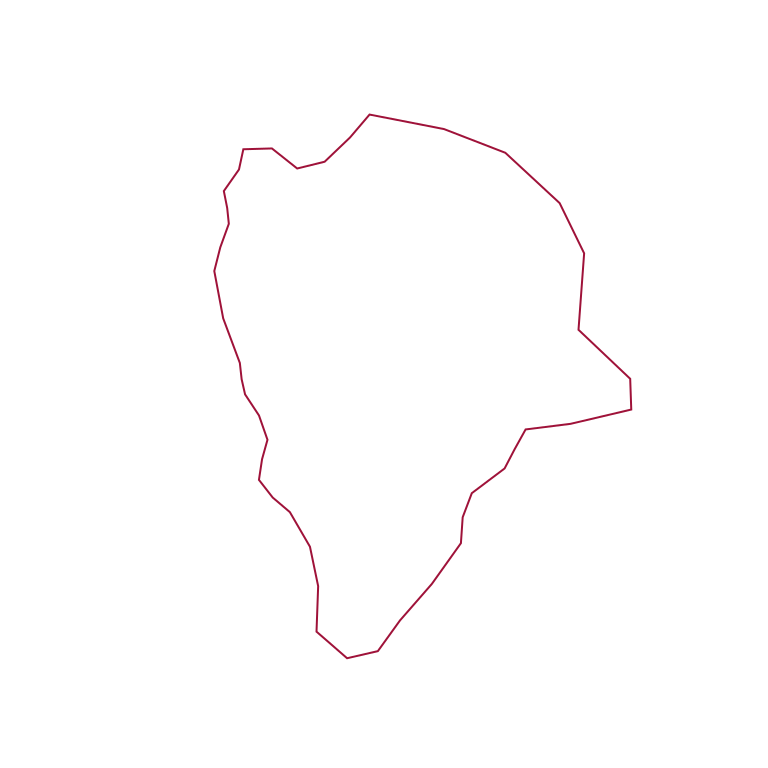 SVG path tracing the border of Soroti, rotated 207°
{"feature_id": "UGA-3074", "entity_name": "Soroti", "entity_type": "District", "adm_level": 1, "iso_a3": "UGA", "parent_name": "Uganda", "parent_adm1": "", "projection": "robinson", "projection_center": [33.599, 1.795], "detail": "fine", "context": "isolated", "style": "outline", "palette": "rose", "viewbox_px": 768, "rotation_deg": 207, "n_neighbors": 0, "source": "natural_earth", "source_scale": "10m", "svg_char_len": 694}
<svg xmlns="http://www.w3.org/2000/svg" viewBox="0 0 768 768"><g transform="rotate(207 384 384)"><path d="M152.1,473.5L199.7,433.2L237.2,407.8L238.0,385.1L238.2,363.5L256.2,326.6L253.4,301.0L243.2,277.1L250.6,227.6L262.4,180.7L268.2,143.2L292.4,122.9L331.7,132.7L350.9,174.0L376.1,205.4L409.7,227.1L431.6,232.3L451.9,241.8L458.5,261.6L462.5,281.4L481.1,299.2L503.1,311.7L513.0,323.6L522.0,337.3L557.1,369.5L586.5,407.6L591.9,431.4L595.0,456.3L603.6,469.6L614.3,483.2L610.6,509.3L615.9,529.3L590.8,543.0L559.2,536.6L537.8,555.1L526.2,588.2L519.2,617.5L446.2,638.4L380.9,645.1L309.6,624.9L265.0,591.3L235.3,520.6L167.0,500.4L152.1,473.5Z" fill="none" stroke="#9f1239" stroke-width="2"/></g></svg>